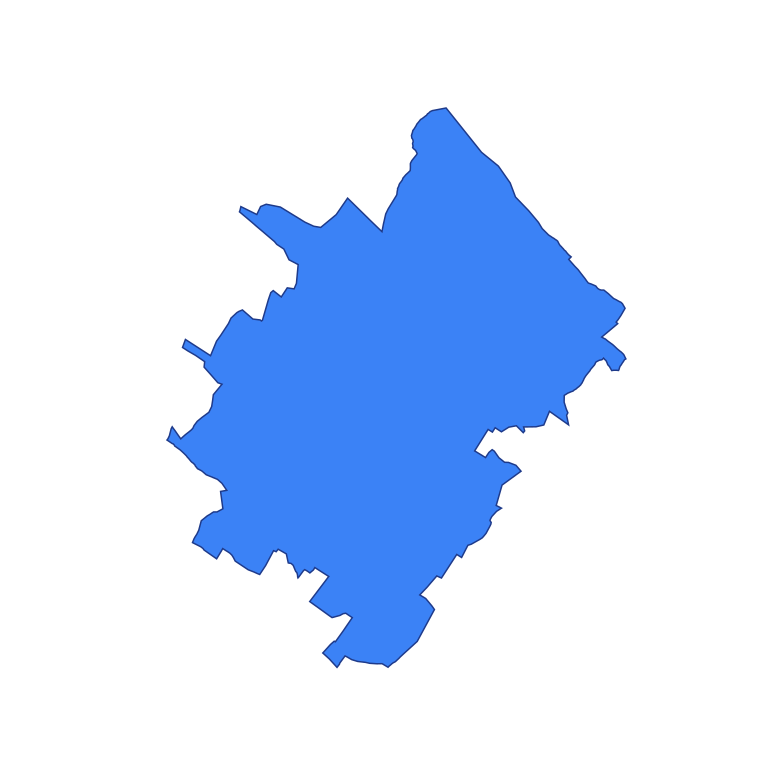 Teabo, Yucatán, Mexico (Robinson projection), rotated 296°
{"feature_id": "50627088B52982407932693", "entity_name": "Teabo", "entity_type": "district", "adm_level": 2, "iso_a3": "MEX", "parent_name": "Mexico", "parent_adm1": "Yucatán", "projection": "robinson", "projection_center": [-89.217, 20.381], "detail": "fine", "context": "isolated", "style": "filled", "palette": "blue", "viewbox_px": 768, "rotation_deg": 296, "n_neighbors": 0, "source": "geoboundaries", "source_scale": "gbopen_adm2", "svg_char_len": 5727}
<svg xmlns="http://www.w3.org/2000/svg" viewBox="0 0 768 768"><g transform="rotate(296 384 384)"><path d="M328.5,186.9L327.7,193.6L327.6,195.3L327.1,202.2L325.5,213.0L320.3,214.9L316.9,223.2L312.3,234.1L312.8,238.5L299.6,235.3L293.7,237.3L288.2,239.0L284.1,239.0L281.8,239.0L274.1,235.0L268.6,232.5L263.4,231.5L260.5,231.6L258.4,231.0L255.5,229.7L251.4,227.7L248.5,226.5L245.6,225.4L248.5,220.1L250.3,216.9L251.7,214.2L252.7,212.4L250.6,212.3L247.7,212.9L245.7,213.3L243.3,213.8L239.9,213.8L238.5,213.5L237.6,220.0L237.8,220.6L237.3,222.1L236.5,223.1L235.4,229.8L234.2,233.8L232.9,237.7L231.8,239.8L231.7,240.4L229.9,244.3L229.4,245.8L229.1,247.7L228.7,248.5L228.5,249.3L228.1,249.8L227.6,250.4L226.1,253.6L226.1,255.1L226.0,258.2L224.5,264.0L225.3,276.1L223.7,281.9L219.5,289.3L215.8,284.2L201.2,293.9L195.8,290.0L194.3,286.9L192.7,285.9L192.0,285.5L190.9,284.9L187.9,282.9L181.0,279.7L171.4,281.6L170.9,281.6L166.9,281.6L163.6,281.2L161.4,281.1L157.5,281.4L157.4,290.5L156.9,293.1L156.5,294.1L156.3,294.3L155.9,295.0L153.5,310.2L162.2,311.0L165.4,311.2L164.9,315.2L164.8,316.6L164.4,319.6L163.5,322.3L161.8,325.0L159.6,327.9L157.5,343.4L157.7,345.8L158.0,349.3L158.1,353.1L158.3,355.8L168.9,357.2L185.8,357.8L186.0,360.6L187.4,360.9L189.1,361.3L188.5,370.7L181.2,376.4L182.0,379.2L181.2,381.9L177.9,385.6L176.8,386.9L176.4,388.1L175.5,389.1L174.1,390.2L172.7,391.0L172.0,391.7L173.0,392.0L180.7,393.4L182.4,394.1L182.2,397.3L181.7,400.2L186.0,402.1L188.7,402.3L186.8,418.7L155.9,412.6L151.7,436.9L151.3,439.7L151.7,440.2L156.7,445.9L159.6,447.9L161.2,450.1L160.1,457.9L143.9,455.5L142.7,455.3L131.0,453.3L131.0,452.0L126.5,450.1L115.4,446.9L112.9,455.4L108.7,466.0L112.6,466.8L113.8,466.6L122.5,468.2L122.5,470.5L122.1,475.8L123.1,482.0L125.7,489.4L126.7,493.6L129.4,500.2L131.8,504.9L131.2,511.8L132.5,512.2L134.5,513.1L136.0,513.7L137.3,514.4L137.9,514.8L138.4,515.2L139.2,515.8L139.8,516.1L140.6,516.4L141.7,516.8L144.0,517.7L145.1,518.0L146.5,518.5L147.5,518.9L150.1,519.9L167.2,526.7L203.4,528.2L205.7,524.0L206.3,522.6L209.5,515.5L210.1,508.6L214.8,510.1L220.5,511.9L225.6,513.2L234.6,515.6L234.8,520.7L262.7,524.1L262.1,529.8L275.8,530.1L278.3,532.7L286.7,538.5L288.9,539.8L291.5,540.5L294.5,541.2L302.0,541.5L304.9,541.5L306.6,541.0L307.7,539.1L309.0,538.9L312.2,539.0L318.9,541.0L323.9,544.0L324.0,538.1L344.9,534.4L365.7,545.4L368.8,538.2L368.1,530.3L366.5,526.7L368.1,519.6L372.0,512.6L372.4,510.0L368.5,508.3L362.4,507.5L363.5,496.0L363.6,494.8L388.8,497.5L388.3,502.5L393.4,503.1L392.5,510.5L399.9,515.1L404.5,521.3L401.3,530.5L403.5,531.0L406.6,528.3L412.2,539.4L417.2,545.6L432.0,544.7L428.2,567.8L436.0,561.8L438.7,561.9L441.5,558.7L446.6,553.9L448.7,552.9L452.8,551.0L454.5,552.1L456.2,553.1L457.1,553.9L459.0,555.5L460.5,557.0L462.0,557.6L463.7,558.8L464.7,559.2L465.6,559.5L466.8,560.2L469.5,561.2L471.0,561.3L471.9,561.6L472.9,561.5L474.7,561.6L476.2,561.5L477.1,561.5L478.8,561.7L479.8,561.8L480.8,562.0L482.9,562.5L484.3,562.8L485.7,563.2L487.0,563.3L487.6,563.3L493.3,564.8L494.1,564.9L495.7,564.8L496.9,565.0L499.7,567.1L501.3,569.2L502.4,569.7L503.5,570.0L502.7,572.0L502.4,573.2L501.0,575.0L499.4,576.7L498.5,579.0L496.9,581.3L495.9,582.8L496.3,583.4L496.8,584.0L497.2,584.8L498.2,586.8L499.0,588.9L500.7,588.8L501.4,588.6L503.4,588.4L505.1,588.8L507.5,589.0L508.9,589.3L511.3,589.5L512.0,590.0L512.6,590.4L513.8,588.8L515.2,587.1L515.7,586.2L516.2,584.8L516.8,582.9L517.0,581.6L517.4,580.0L517.8,578.3L518.8,575.2L519.5,572.9L519.8,571.6L520.0,570.3L520.7,566.4L521.1,564.7L521.3,564.0L521.5,563.3L521.4,562.3L521.5,560.6L521.6,559.1L540.7,567.6L541.4,565.5L544.4,566.2L549.4,566.9L557.7,567.5L560.7,563.1L561.3,561.2L561.3,558.7L561.5,555.9L561.5,552.9L562.9,548.1L563.5,546.2L564.8,540.4L563.6,538.0L563.4,536.5L563.4,535.4L563.6,534.2L564.1,533.0L564.9,531.5L564.9,530.5L564.7,526.3L564.3,523.4L565.5,520.9L566.2,519.7L567.0,518.2L569.8,512.4L571.8,508.5L573.1,504.9L573.5,503.8L577.0,495.4L580.3,496.5L581.1,493.2L582.1,490.8L583.1,488.9L583.3,487.6L584.3,485.5L584.5,484.8L584.8,484.1L585.4,482.7L585.5,481.9L586.1,480.9L586.8,479.7L587.9,478.3L588.5,477.5L588.9,476.1L589.0,474.7L589.3,473.3L589.4,472.4L589.5,470.8L589.8,469.1L589.9,468.0L590.1,466.5L590.7,464.8L593.0,458.1L597.0,451.9L603.2,438.0L609.7,420.2L620.0,409.3L630.0,391.3L635.0,370.1L659.3,318.8L650.9,307.6L649.1,306.1L646.8,305.3L646.0,304.7L644.0,304.4L643.1,303.8L642.2,303.4L640.4,302.5L639.0,301.8L637.9,301.0L637.2,300.8L635.7,300.5L633.6,300.0L632.1,299.6L631.0,299.6L630.1,299.6L627.2,299.3L626.3,299.2L624.6,298.8L622.3,299.3L621.4,299.4L620.2,299.6L619.4,299.7L618.4,300.4L617.1,301.3L616.8,302.1L615.8,303.2L615.1,303.6L614.4,304.1L613.3,304.1L612.5,304.3L610.6,305.8L609.0,306.1L608.3,307.9L608.0,309.3L607.5,310.4L606.5,311.7L605.7,312.7L604.6,312.8L603.7,312.6L601.1,312.0L597.1,311.1L594.6,311.0L593.6,311.1L589.8,313.0L587.3,314.0L584.2,312.9L581.7,311.9L577.5,310.8L575.3,311.0L574.2,310.8L573.0,310.6L571.1,310.2L569.8,310.2L568.2,310.5L566.8,310.5L565.6,310.5L564.7,311.0L563.0,311.4L561.3,312.0L559.9,312.5L558.7,312.5L543.3,311.0L537.6,311.0L530.0,312.8L527.8,313.3L520.0,315.4L525.3,299.1L528.1,290.8L535.1,269.8L515.3,266.8L497.0,258.5L495.0,251.7L494.8,242.0L496.1,228.7L497.6,213.3L496.3,208.3L494.5,201.5L493.9,199.3L489.4,195.3L480.6,195.4L480.7,177.6L476.7,178.5L475.4,178.6L471.4,194.5L470.0,199.6L468.4,206.0L464.0,223.1L462.5,226.4L462.3,228.0L461.4,234.8L454.0,244.2L453.7,254.5L436.0,261.2L430.1,261.5L428.0,254.9L417.2,253.5L419.4,243.5L416.5,242.2L409.2,243.1L388.0,246.8L386.9,246.2L387.3,244.6L384.9,237.7L388.5,224.3L385.7,221.8L383.7,220.5L376.2,217.6L370.2,217.7L356.2,215.9L349.1,214.7L333.4,215.7L337.0,186.0L328.5,186.9Z" fill="#3b82f6" stroke="#1e3a8a" stroke-width="1.5"/></g></svg>